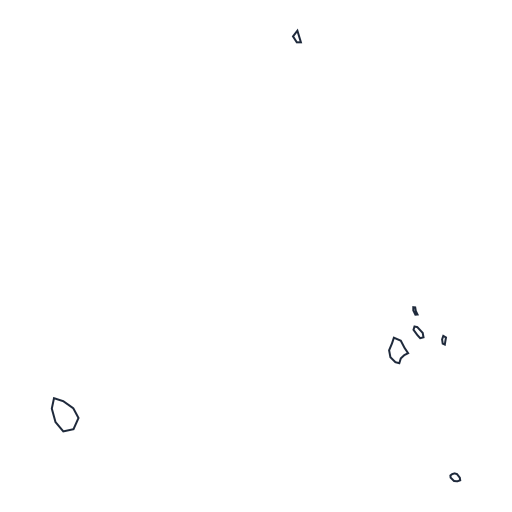 an SVG outline of La Digue and Inner Islands
{"feature_id": "SYC-5212", "entity_name": "La Digue and Inner Islands", "entity_type": "state/province", "adm_level": 1, "iso_a3": "SYC", "parent_name": "Seychelles", "parent_adm1": "", "projection": "mercator", "projection_center": [55.767, -4.192], "detail": "fine", "context": "isolated", "style": "outline", "palette": "slate", "viewbox_px": 512, "rotation_deg": 0, "n_neighbors": 0, "source": "natural_earth", "source_scale": "10m", "svg_char_len": 815}
<svg xmlns="http://www.w3.org/2000/svg" viewBox="0 0 512 512"><path d="M73.5,429.2L63.3,431.4L55.5,422.1L51.8,408.6L54.0,398.2L63.3,401.2L73.3,408.3L78.5,418.0L73.5,429.2ZM393.9,337.7L400.8,340.7L404.5,347.8L408.1,353.2L404.3,355.1L400.8,358.4L399.3,363.2L395.4,362.2L390.4,357.2L389.1,350.3L392.0,343.4L393.9,337.7ZM414.5,326.5L417.3,327.1L422.7,332.9L423.5,337.3L420.2,338.2L417.3,335.0L413.5,329.8L414.5,326.5ZM454.6,473.4L457.0,474.1L459.8,477.7L460.2,480.3L457.3,481.3L454.0,481.0L450.6,477.6L450.4,475.5L452.2,474.1L454.6,473.4ZM297.4,30.7L300.9,42.3L296.8,42.3L293.0,36.4L297.4,30.7ZM443.3,335.9L446.0,337.5L445.4,340.9L444.8,344.6L442.7,343.6L442.1,339.4L443.3,335.9ZM413.3,307.2L415.2,307.4L415.8,311.0L417.5,314.5L415.4,314.7L413.3,310.4L413.3,307.2Z" fill="none" stroke="#1e293b" stroke-width="2"/></svg>